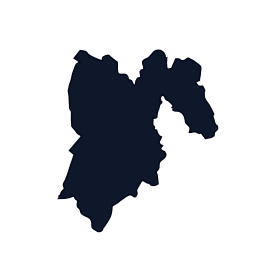 SVG path tracing the border of México, rotated 341°
{"feature_id": "MEX-2731", "entity_name": "México", "entity_type": "State", "adm_level": 1, "iso_a3": "MEX", "parent_name": "Mexico", "parent_adm1": "", "projection": "albers", "projection_center": [-99.447, 19.349], "detail": "fine", "context": "isolated", "style": "filled", "palette": "ink", "viewbox_px": 256, "rotation_deg": 341, "n_neighbors": 0, "source": "natural_earth", "source_scale": "10m", "svg_char_len": 5858}
<svg xmlns="http://www.w3.org/2000/svg" viewBox="0 0 256 256"><g transform="rotate(341 128 128)"><path d="M212.7,117.5L211.9,118.5L211.4,119.5L211.0,120.7L210.6,121.9L210.1,124.2L210.4,126.9L211.9,132.1L212.1,132.9L213.0,138.1L213.5,142.7L213.0,143.2L212.4,143.8L211.9,144.5L211.8,148.8L211.6,151.4L211.7,152.7L212.0,153.7L212.6,154.4L212.9,155.1L213.0,155.8L212.7,156.7L212.4,158.0L211.0,158.8L209.8,159.4L208.7,159.9L207.9,160.7L207.4,161.9L206.9,163.0L206.0,163.5L204.8,163.7L203.4,163.9L202.4,163.9L200.5,163.4L199.4,163.4L198.7,163.4L198.1,163.2L197.7,162.7L197.5,161.9L197.3,161.2L197.0,160.4L196.7,159.7L196.5,158.9L196.1,157.5L195.9,156.9L195.5,156.2L195.0,156.2L194.4,156.4L193.8,156.4L193.0,155.8L192.3,155.1L190.8,153.6L190.7,153.5L190.4,153.3L190.2,153.3L188.8,152.9L185.8,152.5L184.7,152.1L186.0,150.1L186.5,149.1L186.8,147.9L186.8,147.7L186.3,145.9L184.9,143.2L184.4,141.7L184.5,140.6L184.7,139.6L185.0,137.4L185.1,136.2L185.0,134.9L184.8,133.7L184.4,132.5L184.4,132.3L184.2,131.8L184.1,131.6L183.7,131.0L183.3,130.4L182.8,129.8L182.3,129.2L180.8,128.2L179.1,127.6L177.5,126.8L176.3,125.5L177.5,124.3L177.1,123.7L176.8,123.3L176.4,122.9L177.3,122.4L177.9,121.6L178.0,120.8L177.5,120.0L177.0,118.7L176.8,118.4L176.2,117.3L175.8,116.6L175.5,115.9L175.2,115.2L174.3,114.6L173.6,113.9L173.1,112.9L172.9,111.6L172.9,111.4L172.9,111.2L172.9,110.1L172.6,109.4L172.0,108.8L171.3,108.3L170.6,107.6L170.1,108.1L169.7,108.7L169.1,109.2L168.6,109.7L167.9,110.5L167.9,111.4L167.9,112.2L167.0,113.0L168.0,113.5L168.4,114.2L168.1,114.9L167.2,115.5L166.6,115.6L166.1,115.8L165.7,116.2L165.3,116.7L164.0,118.6L163.0,120.1L161.8,121.5L160.7,123.0L159.9,124.5L159.5,125.4L158.8,127.0L157.6,127.5L156.1,127.2L154.5,126.9L154.0,128.8L153.1,130.9L152.4,132.9L152.7,134.6L153.1,134.9L153.3,135.2L153.3,135.6L153.2,135.9L152.6,136.7L152.3,137.6L152.4,138.3L153.3,138.8L153.7,138.9L154.0,139.1L154.2,139.4L154.3,139.8L154.1,141.6L154.2,143.2L154.7,144.8L155.5,146.2L155.7,146.5L156.0,146.8L156.3,147.0L156.6,147.2L155.9,148.1L155.1,149.0L154.2,149.9L153.3,150.7L152.5,152.2L152.8,153.5L153.7,154.8L154.8,156.0L153.4,156.8L152.4,157.6L152.0,158.7L152.7,160.4L154.8,162.4L155.2,164.8L154.6,166.4L153.3,167.5L151.3,168.6L150.3,168.9L149.3,169.2L148.3,169.6L147.4,170.0L146.2,171.1L145.4,172.5L144.8,174.1L144.2,175.6L143.3,176.7L142.2,177.4L141.0,178.0L140.2,178.8L140.2,179.4L140.1,182.0L139.6,184.7L138.9,187.5L138.3,190.2L138.2,190.4L138.2,190.5L136.7,190.9L134.6,190.9L132.6,190.3L131.3,189.4L130.5,187.5L129.9,186.8L128.8,186.5L127.2,184.8L125.6,182.9L123.8,182.2L121.7,184.0L120.1,185.4L117.6,187.6L116.9,188.2L116.2,188.9L115.6,189.8L115.4,190.9L115.4,192.0L115.2,192.9L114.3,193.9L112.9,195.3L111.8,195.2L110.9,194.2L109.9,192.8L108.5,191.8L107.2,191.5L105.7,191.7L103.9,192.0L103.4,192.1L102.9,192.2L102.4,192.4L101.9,192.6L100.1,193.1L98.3,193.6L96.5,194.2L94.8,194.9L93.0,195.4L91.3,195.8L89.5,196.1L87.8,196.4L87.6,196.6L87.4,197.0L87.2,197.4L87.0,197.7L85.8,200.4L84.5,202.9L82.9,205.2L81.0,207.3L79.1,208.9L77.1,210.5L75.2,212.0L73.2,213.5L72.1,213.9L71.4,214.8L70.8,215.7L69.8,216.4L68.7,216.7L67.4,216.6L66.2,216.2L65.3,215.4L64.1,213.8L63.4,213.0L62.7,212.3L61.8,210.5L62.3,208.2L63.1,205.7L63.3,203.4L62.8,201.3L61.5,199.5L58.3,196.3L57.6,195.5L56.9,194.7L56.3,193.7L56.1,192.7L56.1,191.5L56.3,190.4L56.2,189.4L55.7,188.2L54.8,186.2L54.9,184.5L55.7,182.8L56.7,180.9L56.6,179.9L56.1,179.1L55.5,178.4L55.2,177.5L55.1,176.0L54.9,175.1L54.2,174.6L53.0,174.5L49.5,174.5L46.2,174.0L42.9,173.1L39.5,172.0L40.2,171.5L40.4,170.8L40.5,170.1L41.0,169.6L41.6,169.4L42.0,169.5L42.4,169.4L42.9,168.7L43.6,167.6L44.7,166.7L45.9,165.9L46.9,165.5L48.0,164.8L48.3,163.6L48.3,162.3L48.4,160.9L49.0,159.8L49.9,158.7L51.1,157.7L52.1,156.8L53.0,155.7L54.8,153.6L55.7,152.5L62.2,143.8L66.7,138.1L67.4,137.1L68.1,136.3L68.4,135.4L67.9,134.4L65.4,130.3L67.7,128.9L76.8,123.5L78.3,122.7L80.4,121.4L81.5,120.0L80.1,118.6L79.0,117.3L78.3,115.8L77.2,112.4L76.1,109.6L75.8,108.8L75.6,108.0L77.4,101.6L78.4,98.7L79.9,94.6L80.0,93.6L79.7,92.5L79.4,91.5L79.4,90.3L81.1,84.4L82.9,78.3L83.1,77.1L83.3,75.9L83.7,73.5L84.6,72.1L85.4,70.7L86.2,69.2L87.1,67.8L87.6,67.2L89.3,65.2L90.7,63.1L93.2,58.9L97.1,54.0L98.7,52.1L100.1,50.9L101.7,50.4L104.1,50.3L103.1,48.8L102.1,47.3L101.0,45.9L99.9,44.5L108.0,39.3L111.0,40.8L112.5,41.8L113.4,42.8L113.8,44.4L114.2,45.1L114.6,45.9L116.6,48.4L119.1,50.9L121.7,53.2L124.2,55.3L125.6,56.0L126.1,55.4L126.4,54.2L127.0,53.2L128.4,52.7L130.5,52.5L132.5,52.7L133.6,53.4L134.1,54.3L134.6,55.3L135.2,56.2L135.7,57.1L139.1,62.3L138.6,64.3L138.0,66.1L137.3,67.8L136.8,69.6L136.2,72.3L136.8,73.9L138.2,74.9L140.4,75.5L142.4,76.2L143.8,77.4L144.4,79.2L144.2,81.6L144.4,82.4L144.8,83.0L145.3,83.4L146.1,83.8L146.6,84.5L146.8,85.4L146.8,87.4L147.7,90.5L149.3,89.0L151.2,85.8L153.4,84.1L156.4,84.4L157.3,81.9L157.7,78.9L159.4,77.6L160.3,77.8L161.2,77.8L161.9,77.5L162.5,76.7L162.9,75.0L162.9,73.2L163.0,71.4L163.7,69.8L165.1,69.1L166.5,68.7L167.9,68.6L169.4,68.5L171.3,67.8L173.2,66.8L175.1,65.7L176.9,64.6L178.3,64.1L179.7,64.0L181.2,64.2L182.6,64.6L183.1,64.9L183.5,65.1L183.9,65.4L184.3,65.7L185.1,66.7L185.8,67.7L186.3,68.8L186.5,70.0L186.6,71.0L186.5,72.1L186.2,73.0L185.9,74.0L186.3,74.0L187.0,74.2L187.4,74.2L186.0,77.6L185.3,79.3L184.9,81.1L184.6,81.9L184.4,82.7L184.3,83.5L184.3,84.4L184.4,84.7L184.5,85.0L184.7,85.3L184.9,85.5L188.7,85.9L192.3,82.0L195.7,78.3L198.7,79.4L200.2,81.5L201.7,82.5L203.5,82.5L205.8,81.9L206.8,81.5L207.6,81.6L208.4,82.2L209.0,83.0L211.6,85.7L212.0,86.2L212.4,86.7L212.8,87.3L213.1,87.8L214.9,90.5L215.7,91.7L216.2,92.6L216.5,93.5L216.4,94.6L216.0,95.7L215.5,96.9L214.9,98.0L214.4,99.1L213.8,100.8L212.9,102.3L212.0,103.9L211.2,105.5L211.0,106.1L210.0,106.2L207.8,106.3L206.7,106.4L207.4,109.3L208.1,111.0L209.5,112.0L212.1,112.8L212.3,113.9L212.5,115.1L212.7,117.5Z" fill="#0f172a" stroke="#020617" stroke-width="1.5"/></g></svg>